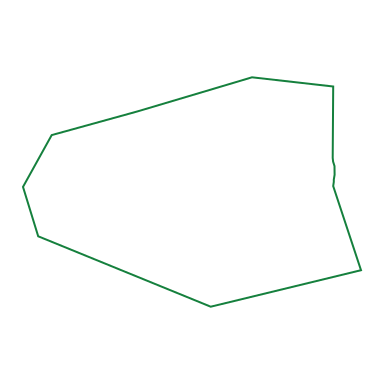 the district of Mine', Praslin, Saint Lucia
{"feature_id": "8701671B24039630787071", "entity_name": "Mine'", "entity_type": "district", "adm_level": 2, "iso_a3": "LCA", "parent_name": "Saint Lucia", "parent_adm1": "Praslin", "projection": "equal_earth", "projection_center": [-60.908, 13.873], "detail": "fine", "context": "isolated", "style": "outline", "palette": "green", "viewbox_px": 384, "rotation_deg": 0, "n_neighbors": 0, "source": "geoboundaries", "source_scale": "gbopen_adm2", "svg_char_len": 336}
<svg xmlns="http://www.w3.org/2000/svg" viewBox="0 0 384 384"><path d="M361.0,270.2L333.2,186.1L333.8,181.9L333.8,179.6L334.6,174.8L334.5,166.1L333.1,161.6L332.7,157.9L333.2,86.5L252.0,77.3L234.3,82.6L137.5,111.4L52.0,135.0L51.7,135.1L23.0,186.9L38.2,236.3L210.7,306.7L361.0,270.2Z" fill="none" stroke="#15803d" stroke-width="2"/></svg>